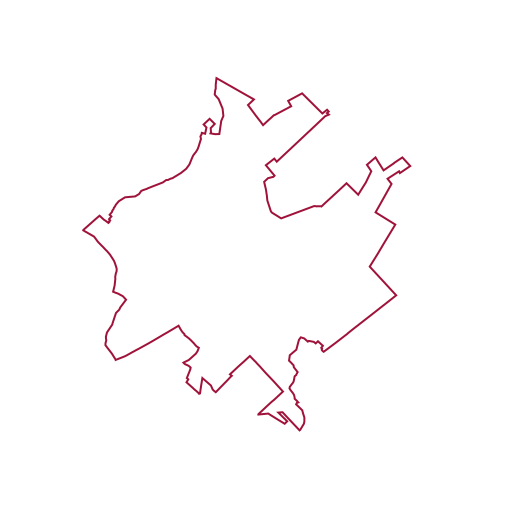 outline of Cacalchén, Yucatán, Mexico, rotated 131°
{"feature_id": "50627088B30008490692621", "entity_name": "Cacalchén", "entity_type": "district", "adm_level": 2, "iso_a3": "MEX", "parent_name": "Mexico", "parent_adm1": "Yucatán", "projection": "orthographic", "projection_center": [-89.242, 20.984], "detail": "fine", "context": "isolated", "style": "outline", "palette": "rose", "viewbox_px": 512, "rotation_deg": 131, "n_neighbors": 0, "source": "geoboundaries", "source_scale": "gbopen_adm2", "svg_char_len": 4596}
<svg xmlns="http://www.w3.org/2000/svg" viewBox="0 0 512 512"><g transform="rotate(131 256 256)"><path d="M86.9,198.6L85.7,209.2L85.6,210.2L95.1,212.8L95.3,212.7L107.7,215.9L106.5,219.8L104.6,226.1L103.2,230.5L114.4,232.1L115.4,228.2L116.4,224.6L126.7,221.8L128.5,221.3L132.6,220.7L137.6,219.9L142.7,219.1L142.6,220.6L141.7,235.4L153.1,236.6L160.1,237.4L160.4,237.4L170.8,238.6L175.6,239.1L175.6,239.3L175.8,239.5L178.6,242.8L178.8,242.9L178.8,243.0L180.2,244.9L211.1,261.7L212.2,268.6L212.8,272.3L212.7,273.4L212.5,274.1L206.7,283.8L205.7,284.9L203.6,287.1L199.4,292.0L194.7,298.5L189.4,298.0L184.8,294.8L183.2,294.7L181.0,308.1L170.5,306.1L171.2,302.2L116.4,296.6L105.1,295.5L101.5,293.8L101.6,296.2L99.3,295.9L99.0,298.3L104.9,299.4L103.0,327.9L117.8,333.5L119.9,327.7L137.4,334.4L138.0,334.7L138.1,334.9L142.0,335.3L145.1,335.7L149.6,336.2L152.6,336.5L151.6,340.9L150.3,347.6L147.3,361.1L140.5,360.4L139.2,360.3L147.7,402.5L152.1,399.5L153.2,398.7L156.2,396.1L157.6,395.6L158.7,394.8L161.1,393.2L161.4,392.4L162.1,387.1L166.7,377.9L171.7,372.5L177.0,370.8L177.1,370.7L188.0,363.7L190.9,366.8L193.3,370.8L192.2,371.1L189.2,374.1L183.4,373.8L182.9,381.0L191.1,381.8L191.5,377.7L197.1,374.6L198.6,377.7L199.9,376.9L202.2,376.4L203.8,374.3L208.2,372.4L211.1,371.1L213.9,370.1L216.8,369.6L219.7,369.5L221.6,369.3L223.9,368.6L230.7,366.3L236.0,365.9L238.8,366.4L242.6,367.1L249.2,369.2L252.3,370.2L253.5,371.1L254.8,371.7L256.2,372.2L257.6,373.6L260.5,374.3L261.7,374.6L272.7,380.4L276.4,382.3L276.9,382.4L279.9,384.2L282.1,385.3L285.9,384.9L290.3,386.3L297.6,393.3L299.8,394.0L304.7,395.5L309.3,395.4L311.3,394.9L312.8,394.9L314.1,394.3L316.1,394.2L317.0,393.6L320.9,393.5L321.0,391.1L324.6,391.1L324.8,389.5L326.3,389.6L326.4,389.0L327.9,389.1L328.1,392.8L328.3,394.0L328.4,394.6L328.2,400.5L332.8,401.2L349.6,403.4L350.0,403.2L347.6,390.9L349.0,384.7L349.1,383.7L349.5,378.5L349.5,377.9L349.8,375.1L350.0,373.1L350.1,371.3L350.7,367.3L352.2,362.0L352.9,359.8L354.0,357.7L356.2,354.0L357.2,352.6L359.0,351.2L361.2,350.3L364.2,348.5L365.6,347.1L371.1,343.3L376.7,340.4L375.9,338.0L375.0,335.8L373.7,330.2L374.2,325.4L383.9,324.7L386.2,324.0L390.8,324.3L398.3,321.2L400.9,320.1L402.0,319.5L411.5,318.3L415.4,316.3L416.8,315.0L417.7,313.8L418.8,313.2L420.5,312.4L422.1,311.1L422.8,307.8L424.2,300.8L426.1,294.6L426.3,293.8L426.4,293.7L420.1,290.4L418.7,289.7L417.4,289.0L414.7,288.0L409.4,286.1L407.9,285.5L405.6,284.7L403.4,283.8L401.5,283.1L392.5,279.8L386.7,277.8L375.6,274.1L371.3,272.6L363.1,269.9L359.4,268.7L360.6,265.4L361.3,263.2L361.7,261.5L361.9,258.8L362.6,258.0L362.5,256.7L362.4,255.7L362.2,252.9L362.3,249.8L362.7,245.1L362.9,244.1L363.2,241.7L362.8,238.9L366.2,237.7L369.1,237.3L378.6,238.5L383.8,240.7L384.1,240.8L384.2,239.8L384.2,238.6L383.6,236.7L383.3,235.6L383.1,234.5L383.0,233.3L383.1,232.2L383.6,232.1L384.1,231.4L386.1,230.7L393.5,228.1L393.5,226.2L396.9,225.6L397.0,217.4L397.1,215.3L397.1,214.0L397.0,212.1L397.1,210.6L397.1,209.6L397.3,208.6L396.5,208.5L396.3,208.2L390.4,212.0L383.3,216.4L383.3,216.2L383.3,206.4L383.3,205.0L385.0,201.5L385.3,200.2L385.2,197.0L372.8,196.3L369.5,196.1L362.7,195.8L362.3,195.7L362.4,198.0L361.0,197.9L360.5,197.8L350.6,196.8L349.1,196.6L348.9,196.6L343.1,195.8L342.6,195.8L335.5,195.0L336.1,188.1L336.1,187.0L336.4,185.0L336.8,180.7L337.4,176.1L337.9,171.9L339.0,160.4L339.6,155.4L340.6,146.7L352.8,148.0L355.6,148.5L362.6,149.3L373.6,150.4L373.9,150.4L374.1,150.2L366.9,143.4L365.4,133.9L363.8,124.3L360.3,124.0L359.5,136.4L356.5,133.5L357.1,128.0L357.5,123.9L359.0,108.7L358.1,108.6L351.2,109.8L349.2,110.9L346.2,113.5L343.8,117.4L342.3,119.6L342.1,119.8L341.6,128.4L340.0,128.8L339.4,128.5L338.8,128.1L338.5,130.1L338.4,132.2L338.4,133.1L337.3,134.2L336.0,136.0L335.6,137.1L335.3,138.0L334.6,141.7L334.0,143.8L332.5,144.7L331.6,144.7L329.4,144.9L328.1,144.9L326.5,145.1L324.7,146.0L322.8,147.1L322.1,147.6L321.7,147.7L321.1,147.9L319.6,147.6L317.4,148.2L316.3,148.4L315.1,154.5L313.8,156.0L313.7,157.7L313.5,159.1L313.3,162.4L308.7,165.4L300.2,164.1L294.0,167.2L291.0,168.6L288.0,168.8L286.6,165.7L286.6,160.7L285.4,160.4L282.9,156.1L282.8,153.6L279.7,153.3L279.9,146.6L282.5,146.5L282.6,145.3L283.7,144.8L284.0,143.4L283.9,142.1L280.8,141.4L269.2,138.9L254.8,136.0L254.3,136.0L254.2,136.0L248.1,134.9L243.5,134.0L241.2,133.5L239.4,133.2L231.2,131.6L225.1,130.4L200.7,125.7L193.7,124.4L193.0,131.0L192.2,137.9L190.3,155.2L190.2,156.0L189.6,161.5L189.4,163.2L174.3,165.6L163.4,167.6L140.9,171.5L144.6,194.4L136.3,196.1L112.7,201.0L111.4,207.4L98.2,203.6L99.0,201.8L86.9,198.6Z" fill="none" stroke="#9f1239" stroke-width="2"/></g></svg>